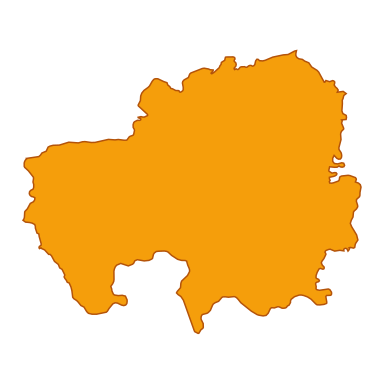 an SVG outline of Northern
{"feature_id": "GHA-2155", "entity_name": "Northern", "entity_type": "Region", "adm_level": 1, "iso_a3": "GHA", "parent_name": "Ghana", "parent_adm1": "", "projection": "albers", "projection_center": [-0.881, 9.332], "detail": "fine", "context": "isolated", "style": "filled", "palette": "amber", "viewbox_px": 384, "rotation_deg": 0, "n_neighbors": 0, "source": "natural_earth", "source_scale": "10m", "svg_char_len": 5933}
<svg xmlns="http://www.w3.org/2000/svg" viewBox="0 0 384 384"><path d="M296.5,50.6L295.9,53.2L295.8,55.4L296.9,57.5L298.9,58.8L302.4,59.4L304.7,61.1L308.8,62.8L311.7,67.0L317.1,70.4L318.7,72.1L324.2,82.2L324.9,82.1L325.9,80.5L329.6,81.7L332.6,80.6L333.7,80.9L334.7,81.9L334.7,83.0L334.2,85.0L335.4,86.9L337.1,88.4L338.2,90.1L337.3,92.2L343.2,91.4L346.2,93.6L343.8,95.5L343.0,98.7L342.3,100.1L342.4,103.6L341.9,110.9L342.9,113.6L346.2,115.4L346.5,117.5L346.1,119.5L341.6,119.9L342.2,120.9L341.6,123.2L343.7,128.3L343.6,129.2L341.6,131.2L340.8,132.8L340.6,134.3L341.0,139.6L338.9,147.6L339.0,149.5L341.0,152.5L341.5,154.0L341.7,155.9L341.4,157.7L340.4,159.0L338.6,159.2L336.8,158.3L334.1,155.4L332.7,158.3L332.7,161.4L334.4,163.5L337.6,163.9L341.7,162.8L343.7,163.2L344.6,165.3L343.9,166.7L342.2,167.2L340.4,166.9L339.0,166.0L337.1,167.2L334.7,167.3L329.6,166.8L328.8,170.3L329.1,171.3L332.0,173.1L334.5,172.6L336.0,172.7L336.9,173.8L336.5,174.9L335.2,175.8L333.6,176.4L329.4,177.3L329.4,178.8L330.1,180.4L329.3,181.6L329.7,183.0L331.6,183.2L333.5,182.8L338.2,181.1L338.9,180.5L339.3,179.6L339.6,177.5L340.1,176.7L341.7,176.0L348.1,175.3L350.0,175.6L355.4,177.6L356.1,178.5L356.3,179.5L355.4,182.0L358.5,183.1L360.3,184.7L361.0,187.1L360.0,192.4L359.9,195.4L359.5,196.7L356.5,199.5L356.4,201.5L357.6,205.2L357.7,206.8L356.5,208.9L354.2,211.0L353.5,212.0L353.0,217.0L351.3,220.2L350.3,223.4L351.6,226.6L356.6,234.9L357.9,240.0L355.7,243.3L355.2,244.6L354.7,247.5L353.5,248.1L350.2,247.4L349.2,247.8L349.7,248.2L349.0,249.9L348.0,251.1L346.9,248.8L345.7,248.3L344.4,248.6L343.7,249.6L343.9,250.9L339.8,250.3L334.7,251.1L330.1,249.2L328.5,249.5L326.0,250.5L325.3,251.2L325.0,252.4L325.7,253.3L325.9,254.4L323.9,258.6L321.9,261.3L321.3,262.9L322.4,265.3L323.9,266.7L324.2,267.7L324.1,268.4L323.8,268.9L322.9,269.2L320.2,268.4L319.0,269.0L317.2,272.3L316.1,275.5L316.0,277.8L316.7,278.5L318.7,279.4L319.4,280.8L318.6,281.7L316.8,282.2L315.8,283.0L315.6,283.9L316.2,286.7L316.0,288.4L316.3,289.3L317.2,289.8L319.5,290.3L328.3,289.0L329.8,289.6L331.5,292.2L331.6,294.0L331.1,295.0L330.5,295.3L326.6,295.5L325.8,296.5L326.8,302.2L326.6,303.4L324.0,304.4L319.9,304.9L317.0,304.8L315.7,303.9L311.1,299.2L307.5,296.9L303.7,295.5L301.2,295.0L299.1,295.1L294.5,296.7L291.2,299.3L290.5,300.8L290.5,302.5L289.2,304.9L288.9,305.3L287.5,305.9L286.4,307.4L285.6,307.9L283.9,308.2L282.1,308.2L279.2,306.9L277.9,306.7L274.4,307.9L271.5,307.7L270.3,308.7L268.2,313.2L266.1,315.4L263.1,315.9L258.9,315.2L257.1,314.6L251.4,311.2L240.8,302.7L238.3,299.5L236.6,297.7L235.3,296.9L234.1,296.6L228.5,297.2L225.2,296.8L222.9,296.9L221.9,297.4L218.6,301.3L215.2,302.7L213.4,303.9L212.6,305.1L210.4,310.3L208.3,312.5L207.0,313.3L202.8,314.4L201.9,315.0L201.2,316.5L201.0,318.4L201.2,319.5L203.2,323.6L203.3,327.3L202.8,328.4L200.9,329.8L198.9,333.2L198.1,333.4L194.8,331.7L194.3,330.8L183.4,300.2L180.9,296.5L178.1,294.6L176.5,292.9L177.2,291.5L180.5,287.7L180.9,283.2L181.6,281.1L187.5,275.5L189.5,271.7L189.6,270.1L189.2,268.5L187.7,265.0L186.6,261.1L185.2,260.5L181.5,260.4L177.6,259.3L171.6,255.4L168.1,252.1L166.7,251.4L164.3,251.0L158.8,251.2L156.3,251.5L154.3,253.0L153.5,254.3L152.5,258.4L151.7,259.1L148.9,260.4L144.2,260.9L137.3,259.7L134.8,260.8L133.7,263.2L132.6,264.2L128.3,265.9L120.7,263.4L116.6,265.2L115.2,267.0L114.4,269.0L113.9,271.1L114.0,279.6L113.7,281.5L112.7,283.7L110.8,286.4L111.7,288.9L111.9,290.8L113.3,294.0L114.4,295.0L118.3,295.6L122.2,295.3L125.4,296.1L127.1,299.9L127.1,301.8L126.8,303.6L125.7,305.0L123.8,305.6L121.6,305.1L117.5,303.1L115.1,302.8L112.9,303.8L109.1,308.4L107.4,311.2L106.3,312.2L96.6,314.2L92.1,314.2L88.4,313.3L86.7,311.6L84.0,307.1L80.9,305.5L78.0,301.9L76.6,300.5L73.7,298.6L72.7,297.2L71.9,290.7L71.0,287.1L69.2,283.0L67.3,282.3L66.2,280.1L65.0,278.6L64.1,276.9L64.8,275.0L62.1,269.4L59.7,267.9L58.3,264.4L54.5,261.4L51.5,255.8L50.1,254.4L48.7,254.4L44.6,249.9L41.3,248.4L41.0,247.9L39.5,248.6L39.0,247.8L39.3,246.5L41.1,245.2L41.2,243.8L39.2,236.6L38.8,233.9L37.0,233.1L35.4,228.2L35.3,226.1L34.7,224.5L32.1,223.1L29.5,222.5L25.5,222.1L23.0,220.3L24.0,218.8L24.4,217.2L24.7,212.0L25.1,211.2L27.3,208.9L30.3,203.4L33.5,201.7L34.7,199.8L34.9,197.8L33.3,196.9L31.5,196.5L30.1,195.4L29.3,193.8L29.5,191.9L30.5,190.5L33.1,189.1L33.7,187.3L33.7,184.5L33.0,182.0L33.5,178.7L33.4,177.2L28.4,170.8L24.7,167.4L24.2,166.3L24.2,163.0L24.7,161.3L25.6,159.8L26.9,158.7L26.6,158.4L38.8,156.6L40.5,155.1L41.9,153.0L46.2,151.2L48.1,147.1L50.0,146.1L53.1,145.3L59.3,145.1L68.8,142.2L78.4,142.9L82.3,141.8L84.9,141.6L91.3,142.5L95.1,142.4L108.4,139.4L115.0,139.9L118.3,139.5L124.0,140.2L126.4,140.2L127.1,139.8L129.2,136.9L130.1,136.3L133.0,135.3L133.7,134.2L134.5,130.4L134.2,129.2L133.2,127.5L133.1,124.7L133.8,122.5L134.6,121.7L137.4,120.3L139.8,120.4L140.7,119.8L140.8,119.0L140.5,118.5L138.3,117.8L138.1,117.3L141.0,116.6L142.5,117.0L144.2,117.1L147.5,115.6L147.7,115.0L147.3,114.2L138.8,106.4L138.2,105.7L138.2,105.0L140.4,100.6L140.7,96.0L141.8,93.1L144.0,90.4L148.1,87.4L149.5,86.0L152.2,81.3L153.6,79.6L154.4,79.0L155.9,78.7L157.9,78.8L163.8,81.6L167.0,82.7L167.8,85.0L169.8,86.6L170.8,88.4L172.5,88.8L175.7,90.5L178.6,90.6L179.1,90.9L179.5,91.9L180.6,92.2L182.6,90.9L183.2,89.7L183.2,87.1L182.4,83.0L182.8,81.4L184.1,79.9L188.4,77.5L189.7,74.1L190.8,73.0L202.3,68.5L204.2,68.2L208.6,69.0L210.1,69.7L213.2,70.0L213.1,70.8L211.1,73.0L211.1,73.4L211.5,73.7L212.2,73.6L214.3,72.2L219.2,67.7L220.0,65.7L221.0,64.5L221.4,62.4L224.7,60.3L225.4,57.3L226.0,57.0L233.1,56.9L234.6,57.5L235.0,59.0L234.2,60.2L234.2,61.2L235.9,63.0L236.2,64.7L235.7,66.4L234.3,67.9L234.1,68.9L234.7,69.6L236.0,68.8L237.4,69.5L238.0,69.5L238.9,68.8L240.1,67.3L241.2,66.8L244.5,66.7L246.1,67.3L247.3,67.0L248.6,65.9L249.9,65.4L251.0,65.4L252.5,66.2L253.7,65.8L254.8,64.6L255.6,61.0L256.8,59.3L258.0,59.3L259.6,60.7L262.7,60.9L265.2,60.3L272.8,57.1L283.2,54.9L288.1,54.5L294.5,51.1L296.5,50.6Z" fill="#f59e0b" stroke="#b45309" stroke-width="1.5"/></svg>